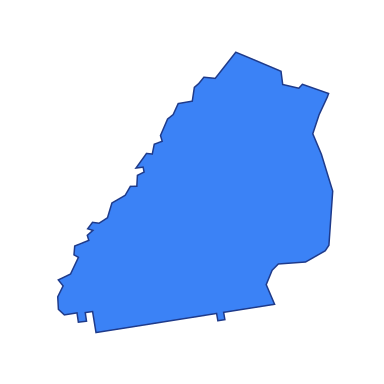 outline of Wayne, Georgia, United States of America, rotated 261°
{"feature_id": "52423323B68831425011801", "entity_name": "Wayne", "entity_type": "district", "adm_level": 2, "iso_a3": "USA", "parent_name": "United States of America", "parent_adm1": "Georgia", "projection": "natural_earth1", "projection_center": [-81.896, 31.578], "detail": "fine", "context": "isolated", "style": "filled", "palette": "blue", "viewbox_px": 384, "rotation_deg": 261, "n_neighbors": 0, "source": "geoboundaries", "source_scale": "gbopen_adm2", "svg_char_len": 950}
<svg xmlns="http://www.w3.org/2000/svg" viewBox="0 0 384 384"><g transform="rotate(261 192 192)"><path d="M298.1,215.7L295.0,210.7L281.7,206.5L281.5,192.2L271.4,185.5L267.9,179.3L252.7,169.7L246.8,170.5L245.1,162.2L235.7,158.7L237.2,153.1L224.4,140.4L224.2,147.6L219.2,147.8L217.0,140.7L206.3,138.4L207.2,132.0L199.2,125.5L193.7,111.2L179.8,104.5L175.7,95.3L177.6,89.0L172.0,83.2L169.6,88.1L165.6,81.8L160.4,82.5L157.0,67.7L148.4,65.6L145.2,69.6L130.0,59.2L126.1,46.2L119.4,50.0L109.5,43.0L97.0,41.7L90.6,46.7L90.6,59.5L81.2,59.4L80.9,67.6L89.6,67.7L89.5,75.1L68.2,75.2L68.2,84.3L68.2,197.3L60.8,197.4L60.8,204.5L68.2,204.4L68.2,256.0L88.9,250.8L102.2,258.9L107.4,266.0L105.1,293.2L113.1,314.4L118.0,318.9L170.8,331.1L209.0,325.7L230.6,320.4L248.6,329.7L264.6,340.5L267.9,342.3L281.1,317.9L277.8,313.7L284.0,298.4L297.3,298.8L317.2,266.9L323.2,257.1L300.6,232.7L303.5,221.7L298.1,215.7Z" fill="#3b82f6" stroke="#1e3a8a" stroke-width="1.5"/></g></svg>